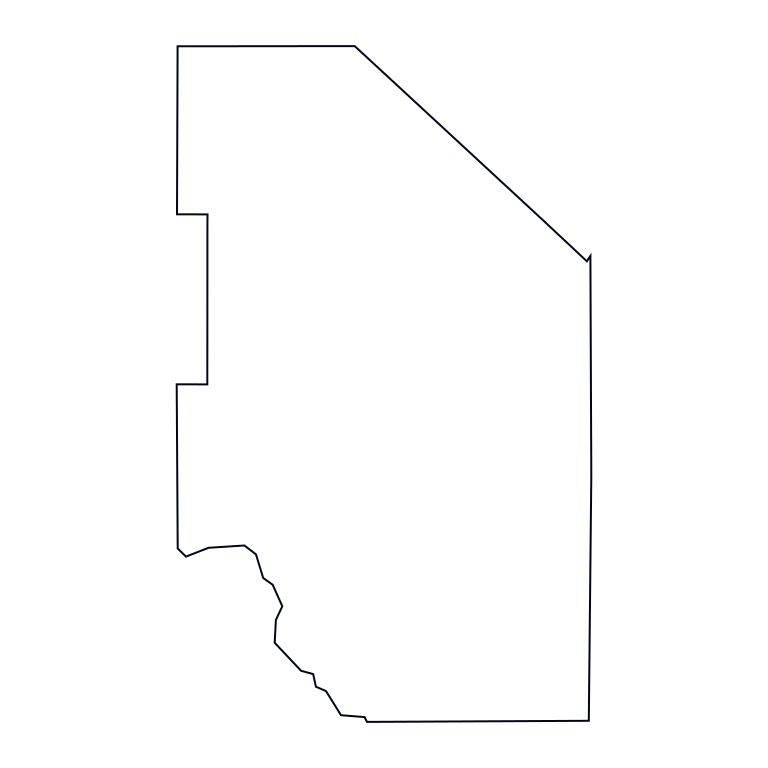 Ada, Idaho, United States of America
{"feature_id": "52423323B70404616629073", "entity_name": "Ada", "entity_type": "district", "adm_level": 2, "iso_a3": "USA", "parent_name": "United States of America", "parent_adm1": "Idaho", "projection": "natural_earth1", "projection_center": [-116.34, 43.46], "detail": "fine", "context": "isolated", "style": "outline", "palette": "ink", "viewbox_px": 768, "rotation_deg": 0, "n_neighbors": 0, "source": "geoboundaries", "source_scale": "gbopen_adm2", "svg_char_len": 508}
<svg xmlns="http://www.w3.org/2000/svg" viewBox="0 0 768 768"><path d="M177.7,548.5L186.0,556.6L208.4,547.8L244.4,545.5L256.0,554.4L263.2,578.0L272.7,584.8L282.3,606.3L275.9,619.9L274.7,642.8L301.1,670.8L313.2,674.1L315.9,686.7L326.0,691.1L341.0,715.2L364.6,717.1L367.0,721.9L588.8,720.8L591.3,476.0L590.4,255.9L586.9,261.3L541.9,219.2L369.0,59.3L354.7,46.1L177.6,46.3L177.0,214.3L207.5,214.4L207.4,228.7L207.4,271.1L207.3,384.4L176.7,384.3L177.7,548.5Z" fill="none" stroke="#020617" stroke-width="2"/></svg>